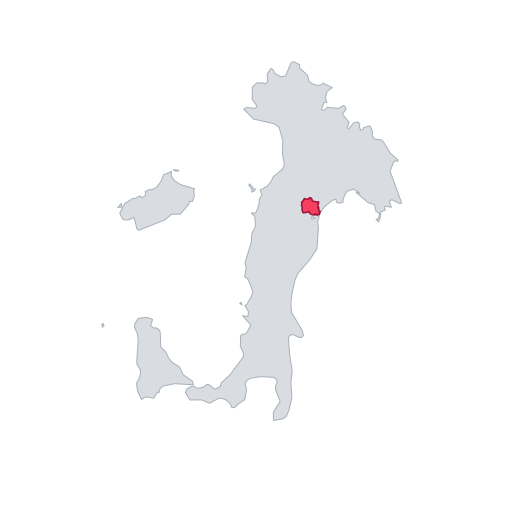 Forlì-Cesena highlighted on a map of Italy, rotated 60°
{"feature_id": "ITA-5365", "entity_name": "Forlì-Cesena", "entity_type": "Province", "adm_level": 1, "iso_a3": "ITA", "parent_name": "Italy", "parent_adm1": "", "projection": "natural_earth1", "projection_center": [11.987, 44.042], "detail": "fine", "context": "in_parent", "style": "filled", "palette": "rose", "viewbox_px": 512, "rotation_deg": 60, "n_neighbors": 0, "source": "natural_earth", "source_scale": "10m", "svg_char_len": 5279}
<svg xmlns="http://www.w3.org/2000/svg" viewBox="0 0 512 512"><g transform="rotate(60 256 256)"><path d="M112.0,122.7L114.8,124.2L125.3,121.0L131.7,122.8L137.0,119.8L140.4,115.0L139.8,111.5L148.2,105.8L149.0,112.3L153.6,116.7L158.2,117.8L157.1,120.4L161.5,125.8L163.3,125.3L163.9,124.3L162.9,119.8L169.3,111.0L169.6,104.8L170.8,104.2L173.9,104.6L176.4,110.3L186.9,108.5L190.5,112.9L192.2,112.0L189.5,104.6L190.8,100.8L193.6,100.1L195.5,101.9L199.6,102.4L199.8,100.2L198.7,98.7L200.2,92.2L206.2,92.8L209.8,95.1L214.0,95.0L217.6,89.9L220.4,88.6L233.9,88.3L244.0,85.1L244.8,85.8L243.0,88.3L243.6,89.9L249.6,97.5L283.1,103.4L282.6,105.2L275.4,110.0L274.9,111.8L276.0,113.4L281.4,114.5L277.7,119.0L277.8,120.7L280.7,120.9L280.3,126.4L283.8,128.1L287.8,132.8L283.8,133.7L285.4,132.4L281.4,127.7L277.2,129.7L270.6,127.7L266.1,132.1L250.7,137.6L253.4,135.1L252.3,135.1L246.7,138.3L245.4,145.0L249.7,151.6L253.1,153.9L251.6,157.9L249.6,159.5L246.8,158.3L246.0,161.9L247.5,171.5L249.9,178.2L257.5,185.7L263.1,188.1L280.2,199.6L286.6,212.4L292.0,228.5L296.6,234.5L306.0,243.2L314.5,249.5L322.5,253.4L343.3,253.2L348.6,254.6L349.2,257.3L348.3,259.1L342.1,263.7L341.8,267.3L344.8,269.8L359.0,276.5L373.6,282.1L383.5,289.4L396.3,295.5L406.3,304.9L409.9,309.8L410.6,313.7L408.3,320.3L407.1,323.0L400.0,319.2L394.1,307.9L381.8,305.9L378.1,304.0L376.0,300.5L372.0,300.2L369.4,302.0L362.7,312.6L359.2,321.8L359.0,325.5L361.1,329.1L367.1,331.1L374.9,337.6L375.3,345.7L376.7,350.3L374.8,352.9L370.8,352.2L365.7,353.9L362.0,356.8L360.6,359.6L360.4,369.8L353.4,375.1L347.6,385.3L338.7,385.3L336.6,382.2L336.5,377.5L338.0,374.6L341.2,373.3L343.3,367.3L342.6,363.0L343.8,361.1L350.9,358.2L351.2,352.2L348.4,349.4L346.1,338.5L337.1,317.5L334.2,315.4L326.5,314.8L317.4,309.2L316.8,306.9L318.3,304.7L317.2,301.6L314.3,296.3L312.4,295.1L301.2,297.4L304.3,293.1L300.3,290.3L293.4,290.3L293.4,288.4L288.5,279.8L285.1,276.4L272.3,274.6L268.2,276.1L261.9,270.7L256.2,268.7L241.6,253.1L234.6,248.5L230.2,241.7L221.3,237.3L217.2,238.4L216.3,237.5L218.4,236.2L218.0,233.6L212.0,226.9L208.5,224.8L206.0,220.4L201.0,219.4L201.2,211.6L199.3,206.2L196.1,201.5L194.2,190.4L192.7,187.3L189.1,184.9L180.9,182.2L169.6,175.1L156.1,171.7L150.5,174.2L136.2,189.6L122.8,193.2L122.6,190.0L127.8,182.8L126.8,180.2L118.5,181.0L107.9,174.6L106.5,168.8L109.6,163.4L111.5,162.1L110.6,158.5L104.1,155.4L101.5,150.6L101.4,149.0L103.0,148.2L106.9,148.4L113.0,145.0L114.9,140.4L106.0,128.7L106.4,126.3L112.0,122.7ZM252.2,188.8L252.7,185.9L249.9,187.7L250.7,189.0L252.2,188.8ZM336.2,374.5L325.8,390.5L322.3,401.3L322.8,405.4L325.8,408.4L324.4,409.6L327.7,414.7L327.6,416.1L322.9,421.8L322.9,426.9L313.9,426.1L306.5,423.2L302.9,417.4L300.0,415.0L296.9,413.1L290.5,413.2L287.7,412.0L270.8,400.6L264.3,397.6L256.7,396.8L253.7,394.3L251.2,389.3L254.2,381.6L259.2,377.3L263.7,382.2L267.5,380.5L267.8,379.0L270.5,377.0L274.0,377.0L287.2,384.0L294.2,382.0L300.5,382.8L306.3,381.8L313.8,377.8L322.6,378.3L332.6,373.7L336.2,374.5ZM177.4,288.0L181.9,300.6L177.6,308.3L179.2,316.6L175.1,344.7L173.1,345.6L161.8,342.3L160.8,348.8L159.3,351.4L157.0,353.1L150.8,352.6L144.9,343.4L144.5,334.3L145.8,331.6L145.9,326.3L148.3,326.0L148.5,322.5L147.2,320.5L144.9,319.9L144.9,315.9L146.6,312.8L146.7,307.5L143.7,300.6L139.5,295.6L140.5,287.0L144.1,289.2L149.6,289.1L156.2,285.8L167.0,275.7L168.4,277.5L172.9,279.2L177.0,283.6L175.4,286.4L177.4,288.0ZM197.9,223.0L198.8,225.0L198.5,227.7L196.3,226.2L191.0,226.8L190.4,225.4L196.9,224.2L197.9,223.0ZM146.4,348.0L144.9,351.2L143.2,346.9L143.5,346.4L146.4,348.0ZM143.7,280.8L141.3,284.3L140.0,284.2L143.1,280.1L143.7,280.8ZM241.0,424.6L238.1,423.8L238.0,422.2L240.3,422.4L241.0,424.6ZM291.2,292.7L288.8,293.7L288.8,292.0L291.2,292.7Z" fill="#d9dde1" stroke="#a8b0b8" stroke-width="1"/><path d="M249.6,178.1L249.7,178.3L250.4,179.2L251.5,180.1L251.3,180.2L250.7,180.7L251.0,181.0L251.2,181.4L251.5,182.5L251.3,182.6L250.6,182.8L250.0,183.2L249.3,183.3L249.1,183.5L249.0,183.8L249.2,184.1L249.9,184.6L248.1,186.9L247.9,187.0L247.6,187.1L247.1,187.5L246.0,188.1L245.8,188.1L245.6,188.1L244.6,188.1L244.2,187.9L243.9,187.9L243.8,188.0L243.8,188.4L243.9,188.9L243.8,189.0L243.4,191.0L243.2,191.4L242.8,192.0L242.6,192.3L242.3,193.4L241.7,193.6L241.4,193.6L238.8,193.0L238.5,192.7L238.0,192.3L237.5,192.0L236.7,191.6L236.4,191.5L235.2,191.4L234.8,191.3L234.7,191.2L234.4,190.9L234.2,190.6L232.7,189.9L232.4,189.6L232.1,189.3L232.1,188.2L231.9,187.9L231.6,187.7L231.5,187.4L231.5,186.9L231.4,186.7L230.8,186.2L230.7,186.0L230.6,185.9L230.6,185.7L230.6,185.1L230.7,184.9L230.9,184.8L231.3,184.8L231.5,184.7L231.8,184.3L231.8,184.2L232.0,183.8L232.4,183.3L232.5,183.1L232.6,182.9L232.7,182.4L232.9,182.0L233.0,181.9L233.1,181.6L233.1,181.4L233.0,181.2L232.8,181.2L232.7,181.2L232.4,181.2L232.5,180.4L232.6,180.1L233.4,179.2L233.6,179.1L233.8,179.2L233.9,179.3L234.0,179.4L234.7,179.2L235.1,179.2L236.4,179.8L236.7,179.8L236.9,179.6L237.3,178.9L238.1,177.9L238.7,177.5L239.0,177.2L240.5,174.7L240.8,174.8L241.1,175.4L241.3,175.7L241.6,175.7L241.9,175.8L242.2,175.9L242.4,176.1L242.5,176.3L242.4,176.5L242.7,176.9L244.1,177.6L244.8,177.2L245.0,177.2L245.0,177.7L245.0,177.8L244.8,178.0L245.3,178.5L246.4,178.0L247.1,178.1L248.6,179.3L248.8,179.2L249.6,178.1Z" fill="#f43f5e" stroke="#9f1239" stroke-width="1.5"/></g></svg>